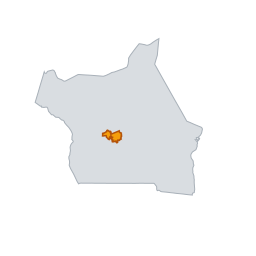 location of Laikipia North, Rift Valley, Kenya, rotated 331°
{"feature_id": "3690345B24506089948123", "entity_name": "Laikipia North", "entity_type": "district", "adm_level": 2, "iso_a3": "KEN", "parent_name": "Kenya", "parent_adm1": "Rift Valley", "projection": "albers", "projection_center": [36.962, 0.429], "detail": "fine", "context": "in_parent", "style": "filled", "palette": "amber", "viewbox_px": 256, "rotation_deg": 331, "n_neighbors": 0, "source": "geoboundaries", "source_scale": "gbopen_adm2", "svg_char_len": 5039}
<svg xmlns="http://www.w3.org/2000/svg" viewBox="0 0 256 256"><g transform="rotate(331 128 128)"><path d="M57.7,152.9L57.6,149.9L58.1,142.2L58.1,135.5L58.5,132.1L60.1,130.0L60.9,128.4L61.4,126.3L62.3,124.5L64.3,123.1L64.7,122.3L66.7,119.9L68.0,116.8L68.9,115.8L70.1,114.8L71.0,114.3L72.3,113.8L73.4,113.5L73.6,113.2L73.7,112.7L73.3,110.8L73.8,110.2L74.5,108.9L75.4,107.7L76.1,107.0L76.5,106.2L76.7,104.9L76.8,103.9L76.8,102.3L76.5,98.8L75.7,95.8L75.1,92.5L75.5,91.4L74.8,89.5L74.5,89.4L73.9,88.9L73.2,87.1L72.7,85.4L72.3,85.0L70.0,83.5L68.8,80.1L67.5,79.3L66.8,75.9L66.6,74.9L67.4,71.5L67.3,70.7L66.5,70.0L64.3,69.2L62.5,67.8L62.8,67.3L62.9,66.8L62.0,66.5L59.2,60.6L62.8,57.1L66.4,53.6L70.9,49.1L75.1,45.0L78.8,41.4L82.0,38.2L81.9,38.8L81.9,39.6L82.3,40.1L83.0,40.5L83.9,40.1L84.7,39.6L85.5,39.5L90.4,40.8L91.2,42.0L91.1,43.2L91.3,44.1L91.0,45.0L90.6,47.8L90.7,50.3L92.1,52.2L93.4,53.6L94.5,55.7L95.2,56.3L96.3,56.6L99.6,56.7L104.6,56.9L109.3,57.0L109.8,57.0L110.8,57.3L115.1,60.1L119.1,62.6L122.5,64.8L125.8,67.0L129.0,69.1L131.5,70.8L134.0,71.3L138.0,71.6L140.7,71.6L143.3,72.4L147.1,73.0L149.9,73.4L151.6,73.8L156.3,74.2L157.1,73.9L159.2,72.0L161.5,68.9L162.4,67.2L165.5,65.4L170.8,63.0L174.5,61.4L178.6,59.7L180.5,61.1L183.2,63.4L184.3,64.6L185.3,65.1L186.7,65.4L188.4,65.5L189.4,65.4L191.3,65.1L195.8,64.8L198.4,64.8L196.2,67.9L193.6,71.7L188.9,78.6L185.2,82.2L182.5,84.9L182.2,85.4L182.3,88.5L182.3,95.9L182.4,110.8L182.5,125.7L182.7,140.6L182.7,148.0L182.7,150.5L185.2,153.6L187.5,156.7L190.7,160.7L192.4,162.8L192.7,163.6L192.6,165.0L190.0,168.0L187.9,169.4L185.1,170.1L184.2,170.0L183.1,169.5L182.7,170.3L182.3,171.4L181.7,171.2L181.2,170.8L181.5,172.8L181.8,173.8L181.4,175.2L180.0,176.3L179.9,177.3L176.9,179.9L172.7,180.2L170.4,181.5L169.5,182.6L168.7,184.9L169.0,188.4L167.8,191.1L167.6,192.5L165.4,194.2L164.4,195.8L163.7,197.5L163.1,198.2L162.4,201.9L161.3,204.1L161.1,204.8L160.8,205.5L160.0,206.8L159.5,207.7L159.2,208.3L156.6,214.0L154.6,216.6L153.0,216.3L151.9,217.3L151.8,217.8L151.3,217.5L149.9,216.6L147.2,214.7L144.5,212.7L141.8,210.8L139.0,208.9L136.3,206.9L133.6,205.0L130.9,203.0L128.1,201.1L126.5,200.0L125.8,199.3L125.3,198.0L125.0,197.6L124.3,197.2L123.4,197.1L123.2,196.9L123.2,196.2L123.5,195.3L124.5,193.5L124.6,192.4L124.4,191.3L124.1,189.4L123.8,188.9L122.0,187.9L118.2,185.8L114.5,183.7L110.7,181.6L106.9,179.6L103.2,177.5L99.4,175.4L95.6,173.3L91.9,171.2L88.1,169.1L84.3,167.0L80.6,164.9L76.8,162.8L73.0,160.7L69.3,158.5L65.5,156.4L61.7,154.3L60.3,153.5L59.0,152.9L57.7,152.9ZM183.1,173.2L182.4,173.4L182.8,172.3L184.7,171.0L185.5,171.3L185.6,171.6L185.6,171.9L185.3,172.2L183.1,173.2Z" fill="#d9dde1" stroke="#a8b0b8" stroke-width="1"/><path d="M119.0,130.5L119.1,130.4L119.3,130.3L119.2,130.3L119.3,130.2L119.4,129.9L119.4,129.7L119.4,129.3L119.4,129.2L119.3,128.9L119.2,128.9L119.1,128.7L118.9,128.4L119.0,128.4L118.9,128.3L118.9,128.2L118.7,128.0L118.7,127.9L118.6,127.7L118.6,127.4L118.6,127.2L118.7,126.9L118.8,126.8L118.8,126.7L118.8,126.4L118.9,126.2L117.0,126.0L110.0,125.2L110.1,124.9L110.1,124.7L110.3,124.6L110.3,124.4L110.4,124.5L110.5,124.3L110.5,124.2L110.5,124.3L110.6,124.2L110.8,124.1L110.8,123.9L110.9,123.7L111.0,123.6L111.1,123.4L111.1,123.1L111.1,122.5L111.1,122.4L111.2,122.1L111.0,122.3L110.9,122.4L110.8,122.2L110.7,122.2L110.4,122.2L110.4,122.3L110.2,122.2L109.8,121.6L109.6,121.3L109.7,121.2L109.5,120.9L109.2,120.4L109.2,120.1L108.8,119.9L108.6,119.9L108.1,120.1L107.8,120.6L107.4,120.8L107.2,120.7L106.9,120.7L106.8,120.8L106.7,120.8L103.3,120.9L103.3,120.7L103.4,120.4L103.2,120.4L103.1,120.7L101.9,122.6L102.8,123.1L103.5,123.3L104.2,123.6L105.2,124.1L104.9,125.2L104.7,125.6L104.8,125.8L105.1,126.8L105.3,127.5L105.2,127.8L105.9,129.0L106.1,128.9L106.2,128.7L106.3,128.7L106.3,128.4L106.5,128.2L106.6,127.9L106.8,127.7L107.0,127.7L107.3,127.5L107.5,127.5L107.8,127.5L107.9,127.4L107.9,127.2L108.0,127.2L108.1,126.9L108.3,126.9L108.5,126.8L108.9,126.8L109.0,126.9L109.2,126.7L109.3,126.6L109.5,127.4L109.3,127.8L109.4,128.1L109.7,128.4L109.4,128.4L109.4,128.9L108.5,128.9L108.5,128.7L107.8,128.8L108.5,129.6L108.3,129.8L108.6,130.3L108.2,130.6L108.8,131.2L108.7,131.2L108.7,131.3L108.6,131.5L108.4,131.5L108.2,131.7L108.2,131.8L107.9,131.9L107.8,132.0L107.7,132.1L107.6,132.3L107.6,132.5L109.0,132.9L109.0,133.2L110.6,133.3L110.7,133.5L110.7,133.8L110.7,134.0L110.7,134.3L110.7,134.5L110.8,134.6L110.9,134.8L110.9,135.0L111.0,135.3L111.2,135.2L111.3,135.3L111.5,135.4L111.6,135.5L111.7,135.4L111.8,135.5L112.0,135.5L112.1,135.4L112.4,134.9L112.1,134.8L111.9,134.1L113.1,133.6L113.3,133.8L113.4,134.0L113.7,134.1L114.3,134.1L114.3,134.6L114.7,134.6L114.9,134.5L115.0,134.5L115.1,134.4L115.4,134.3L115.7,134.3L115.8,134.2L116.0,134.1L116.3,134.0L116.5,133.8L116.6,133.4L116.8,133.3L116.9,133.6L117.0,133.3L117.4,133.0L117.4,132.8L117.4,132.7L117.6,132.4L117.8,132.2L118.1,132.0L118.3,132.1L118.4,131.9L118.5,131.8L118.6,131.7L118.7,131.4L118.7,131.2L118.8,131.0L118.8,130.9L118.8,130.7L119.0,130.6L119.0,130.5Z" fill="#f59e0b" stroke="#b45309" stroke-width="1.5"/></g></svg>